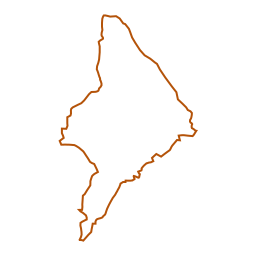 the district of Al-Khalis, Diyala, Iraq
{"feature_id": "34846034B19163471253506", "entity_name": "Al-Khalis", "entity_type": "district", "adm_level": 2, "iso_a3": "IRQ", "parent_name": "Iraq", "parent_adm1": "Diyala", "projection": "orthographic", "projection_center": [44.587, 34.084], "detail": "fine", "context": "isolated", "style": "outline", "palette": "amber", "viewbox_px": 256, "rotation_deg": 0, "n_neighbors": 0, "source": "geoboundaries", "source_scale": "gbopen_adm2", "svg_char_len": 3092}
<svg xmlns="http://www.w3.org/2000/svg" viewBox="0 0 256 256"><path d="M79.7,240.0L80.5,240.0L81.8,240.1L83.3,240.6L85.6,238.0L88.3,234.9L91.2,232.0L91.7,228.9L92.3,226.1L92.7,223.7L95.1,223.7L95.5,223.7L95.5,222.4L95.5,221.5L96.2,220.0L97.2,219.1L98.8,218.6L100.7,218.1L102.4,217.4L103.1,216.3L105.1,214.5L105.6,213.3L106.3,211.1L107.1,208.8L109.0,204.8L110.7,201.6L112.9,197.7L113.1,197.5L115.2,194.7L116.3,192.6L117.0,191.5L117.9,189.7L119.2,187.4L119.7,186.1L120.3,184.5L120.5,183.6L121.5,183.0L123.1,182.0L124.6,182.0L125.5,182.0L125.6,180.6L130.2,180.7L131.7,180.5L132.5,180.4L133.3,179.8L134.3,179.3L134.6,179.0L134.1,177.7L133.7,176.5L133.8,176.0L134.4,176.1L135.6,176.5L137.0,177.1L138.3,177.7L138.7,177.7L139.0,177.2L139.3,176.8L139.3,176.1L139.8,174.4L139.7,173.9L139.1,173.5L138.7,172.8L138.2,171.6L139.3,171.2L141.4,170.4L141.7,169.4L141.6,168.4L142.5,167.2L144.0,165.5L146.5,163.3L147.2,163.2L148.8,162.6L150.9,162.3L153.3,161.2L152.0,157.9L156.3,154.0L161.1,156.6L164.2,154.2L166.9,152.2L169.8,150.1L170.6,148.7L171.4,147.0L172.2,145.7L177.0,140.0L179.9,140.3L178.7,135.6L182.0,135.2L183.9,135.2L188.2,135.7L192.6,136.1L193.8,134.8L196.3,130.8L195.5,130.7L194.4,129.7L193.3,128.9L191.9,128.1L191.6,127.0L191.7,125.7L191.8,125.1L192.2,124.1L191.8,123.4L190.5,122.5L190.0,121.6L190.0,120.9L190.1,119.9L191.0,118.5L191.4,117.1L191.8,114.9L191.9,113.0L190.5,111.3L187.8,110.0L186.2,107.4L182.5,103.7L177.9,99.4L176.4,92.2L174.1,89.3L171.9,86.5L165.2,77.4L159.9,69.5L157.0,63.9L154.7,62.3L151.4,59.6L150.1,58.6L144.6,55.3L140.0,50.1L135.3,42.9L132.1,37.5L130.1,31.9L128.9,28.8L125.2,24.1L123.2,23.4L119.7,18.5L116.1,16.2L110.2,16.6L107.5,15.9L105.1,15.4L103.7,15.5L103.1,16.6L102.9,17.0L102.3,18.8L102.0,22.9L102.0,25.0L102.0,26.7L102.4,30.0L101.7,32.7L101.5,34.8L101.7,35.8L102.4,36.8L103.0,37.9L103.0,38.7L101.7,39.6L100.4,40.3L98.7,41.8L99.0,43.5L99.7,46.3L99.7,49.0L99.7,52.3L99.3,57.0L99.1,59.5L98.8,60.7L98.3,62.8L97.1,66.2L96.8,69.3L97.4,70.7L98.1,72.6L98.5,74.0L99.1,75.9L99.4,76.9L99.9,77.8L100.1,78.8L100.1,79.8L100.5,80.5L101.1,82.2L101.5,83.6L101.5,85.3L100.5,87.0L99.1,88.4L98.5,90.5L97.7,91.2L95.8,91.8L91.4,92.0L89.0,94.2L86.3,97.7L84.2,100.4L81.3,103.2L79.2,104.2L78.5,104.5L72.9,107.3L71.3,108.7L70.9,110.2L71.0,113.5L70.5,115.5L69.6,116.0L68.5,116.6L67.3,117.2L67.3,120.3L67.3,123.3L67.5,125.8L66.3,128.8L61.9,128.6L61.9,133.2L63.0,135.6L63.7,137.9L59.7,140.9L61.3,144.7L65.1,144.6L69.3,144.7L70.8,144.8L74.4,145.1L76.2,146.0L78.9,147.7L80.7,149.2L83.2,151.3L84.1,152.5L86.1,155.6L87.6,157.8L88.9,159.9L90.0,161.8L91.8,163.0L94.2,164.0L94.5,164.6L96.5,168.7L97.9,172.0L94.3,174.0L92.7,175.4L92.2,175.9L91.6,177.4L90.9,179.5L90.4,181.2L90.4,182.8L90.3,185.4L89.9,186.0L87.1,190.2L84.6,194.3L84.0,194.7L82.9,195.7L82.6,200.1L82.3,204.6L82.4,207.0L82.1,209.8L79.1,209.9L80.5,211.4L82.0,212.3L83.1,213.0L84.9,214.5L86.0,215.4L86.3,216.4L86.7,217.5L86.7,219.0L86.7,219.5L84.5,220.5L84.4,220.6L82.2,221.7L80.9,222.6L80.5,222.9L80.4,225.6L81.0,228.3L81.5,232.0L81.6,234.6L81.0,236.9L80.2,238.6L79.6,239.8L79.7,240.0Z" fill="none" stroke="#b45309" stroke-width="2"/></svg>